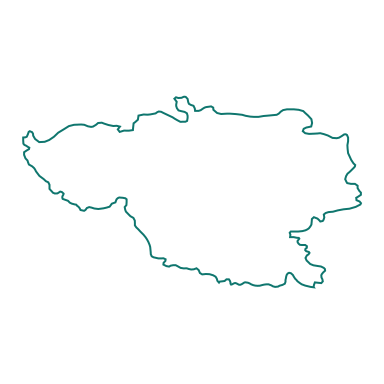 Zhlobin, Gomel, Belarus
{"feature_id": "67162791B87321103764300", "entity_name": "Zhlobin", "entity_type": "district", "adm_level": 2, "iso_a3": "BLR", "parent_name": "Belarus", "parent_adm1": "Gomel", "projection": "natural_earth1", "projection_center": [29.946, 52.8], "detail": "fine", "context": "isolated", "style": "outline", "palette": "teal", "viewbox_px": 384, "rotation_deg": 0, "n_neighbors": 0, "source": "geoboundaries", "source_scale": "gbopen_adm2", "svg_char_len": 5076}
<svg xmlns="http://www.w3.org/2000/svg" viewBox="0 0 384 384"><path d="M219.0,282.6L219.7,281.6L222.4,281.3L224.6,281.0L226.5,279.3L228.9,279.3L229.9,280.8L230.5,282.6L230.5,283.7L231.1,284.6L232.0,284.4L233.8,283.4L235.1,283.0L236.5,283.4L237.4,283.9L238.9,284.7L240.1,284.8L241.5,284.3L242.7,283.6L244.0,282.7L245.1,282.3L247.9,282.7L249.6,283.4L251.1,284.3L253.1,285.1L255.2,285.6L257.5,285.8L259.8,285.7L262.4,285.0L264.2,284.6L266.7,284.3L268.5,284.3L271.4,285.4L272.9,286.3L275.1,286.9L278.0,286.6L279.6,285.7L282.5,284.9L284.8,283.7L285.5,281.8L285.5,280.0L285.9,278.3L286.2,276.5L286.7,274.9L287.7,273.5L289.1,272.8L290.9,273.2L292.9,275.0L293.7,276.5L295.2,278.8L296.3,279.8L297.4,281.2L299.6,282.9L301.7,284.3L305.2,285.6L307.7,286.2L310.6,286.9L313.8,287.3L313.6,287.0L314.0,284.8L314.9,282.4L317.4,282.7L321.3,283.1L322.8,281.4L322.4,279.3L321.5,277.5L321.3,275.3L321.7,274.3L323.1,272.5L325.1,270.7L324.9,269.0L323.8,267.9L321.0,266.5L317.7,266.0L313.4,265.3L310.2,264.0L308.9,262.7L306.6,260.5L305.5,258.0L306.9,255.4L308.5,254.4L309.5,252.9L308.9,252.0L306.2,251.2L305.2,250.1L305.5,248.8L306.8,247.8L306.9,246.2L305.2,245.0L301.6,245.0L299.9,244.8L298.6,243.7L297.7,242.4L297.5,241.1L298.5,239.7L299.3,238.7L298.8,237.9L296.9,237.8L293.5,237.1L290.1,237.1L290.4,234.7L289.7,232.8L290.8,231.5L295.3,231.5L298.5,231.5L302.4,231.1L305.5,230.3L307.5,229.3L308.9,228.3L310.3,226.5L311.4,224.6L311.7,221.7L311.9,219.0L313.9,217.2L317.5,218.6L319.3,220.3L320.3,221.5L322.7,221.0L323.6,219.7L324.3,217.4L323.8,214.5L325.7,213.0L328.5,212.1L333.0,211.7L337.7,210.4L343.6,209.3L349.5,208.7L355.7,206.9L360.4,204.5L361.0,203.2L359.6,201.5L356.5,200.2L356.2,197.8L358.4,196.5L360.9,194.8L360.9,192.6L359.3,190.9L357.6,188.1L357.6,185.7L355.0,183.9L351.1,183.9L347.2,183.1L346.4,181.8L345.2,179.2L346.1,176.1L347.5,173.7L349.2,172.3L350.7,170.9L352.5,169.1L354.1,167.5L354.9,166.5L355.2,165.0L353.5,163.4L351.2,159.9L349.6,156.4L348.1,153.2L347.6,148.8L347.4,145.2L348.1,141.2L348.1,137.6L347.0,135.0L345.8,134.3L344.2,134.4L341.7,136.1L339.0,137.7L336.7,138.2L332.5,137.9L327.9,135.5L323.8,134.1L320.2,133.2L317.3,133.5L313.6,133.7L309.1,133.9L305.2,133.2L302.8,131.2L303.7,128.8L306.4,127.5L308.4,127.1L311.2,126.5L312.1,123.0L311.4,119.2L308.0,115.5L305.1,112.9L303.3,111.1L298.7,109.8L293.5,109.3L287.1,109.3L283.1,110.1L280.8,111.6L278.8,113.6L276.7,114.8L272.4,115.2L268.3,115.6L263.6,116.0L258.3,116.9L254.3,116.9L250.2,116.6L245.6,115.8L242.2,114.8L236.1,114.1L230.4,113.7L226.4,113.7L221.1,114.0L217.1,113.0L213.4,109.8L213.2,107.6L211.1,106.4L206.1,107.1L204.6,107.6L202.8,108.7L200.7,110.2L198.5,110.9L195.1,110.9L194.8,108.5L193.5,105.8L190.8,104.9L188.9,103.8L188.2,102.0L187.6,98.9L185.7,96.9L184.1,96.7L183.0,97.1L181.6,97.8L178.3,98.0L176.0,97.3L174.4,98.7L176.7,101.8L176.2,104.5L176.2,106.0L176.9,108.2L178.5,110.4L181.0,111.1L184.6,111.9L186.9,113.3L187.6,115.8L187.6,117.8L187.1,120.9L185.5,121.7L180.3,121.8L177.1,120.1L174.7,118.7L172.6,117.3L169.0,115.6L163.3,112.9L161.2,111.8L158.8,111.5L157.2,112.2L155.6,113.4L150.4,114.4L147.6,114.7L143.6,114.5L138.5,115.6L137.9,119.7L135.1,122.2L133.6,123.3L133.1,127.9L132.9,130.1L128.7,130.7L124.0,130.6L119.7,131.9L117.8,129.4L119.9,126.6L116.7,125.8L113.3,126.0L108.4,125.0L104.1,123.6L101.8,122.7L98.1,123.0L96.0,124.8L93.0,126.6L91.1,126.9L87.9,126.3L84.3,124.8L81.1,124.5L74.0,124.8L68.9,126.1L63.3,129.6L58.2,132.7L53.9,136.8L49.2,140.0L44.7,141.8L39.2,142.1L35.1,139.0L33.2,135.7L33.0,133.7L32.1,132.2L29.8,131.2L28.7,131.9L27.9,134.2L26.8,136.7L25.5,137.3L23.2,137.5L23.2,140.5L23.4,143.7L24.4,144.9L26.1,145.7L27.9,146.9L29.3,147.7L29.0,149.1L26.8,150.4L24.1,152.2L24.1,154.9L25.5,158.4L27.5,160.5L28.0,162.2L28.9,164.5L32.1,166.3L34.0,168.0L35.0,169.4L36.0,171.4L39.4,175.9L41.0,177.1L43.7,179.1L45.9,181.2L48.3,182.3L49.5,184.8L49.5,186.9L49.5,188.9L51.3,190.9L52.0,191.6L52.9,192.7L54.8,193.5L57.4,193.4L58.4,192.8L60.2,191.6L61.8,192.0L63.6,193.6L63.5,194.3L63.0,195.3L62.4,196.3L62.3,197.8L62.7,198.9L64.9,199.7L68.0,200.8L68.7,201.5L69.7,202.6L71.7,203.6L74.6,204.4L76.3,204.7L77.1,205.8L78.4,206.7L79.7,208.3L80.5,210.0L84.1,210.8L85.4,210.0L86.9,208.0L89.2,207.1L91.5,207.6L94.3,208.5L98.3,209.0L100.7,208.7L103.6,208.3L106.6,207.6L107.9,207.2L109.6,206.7L110.6,205.4L111.8,203.7L113.7,203.0L115.4,202.4L116.5,199.4L117.7,198.2L119.2,197.5L122.9,197.8L125.4,198.3L126.6,199.3L126.6,202.1L126.4,205.1L124.7,207.1L125.2,209.7L125.9,211.6L128.9,214.7L130.4,216.2L133.4,217.9L134.8,220.6L134.9,223.3L134.9,225.4L136.3,227.4L138.3,229.3L140.4,231.6L143.5,234.7L145.6,237.3L147.0,239.4L148.4,242.0L149.6,244.9L150.2,247.0L150.5,250.1L150.7,252.1L150.8,254.2L151.7,256.3L153.5,257.3L158.4,258.4L161.3,258.4L163.5,258.3L165.6,259.3L165.4,260.9L163.6,262.8L163.4,264.6L166.4,266.1L169.1,266.6L170.6,265.7L173.1,265.2L175.7,265.2L177.6,266.2L180.6,267.9L183.7,268.4L186.7,268.3L188.8,269.0L191.2,269.5L193.8,269.3L196.5,268.3L198.7,270.1L199.9,273.0L202.2,274.4L205.9,274.0L209.6,274.2L213.2,275.3L215.6,276.7L216.8,278.7L217.4,280.8L219.0,282.6Z" fill="none" stroke="#0f766e" stroke-width="2"/></svg>